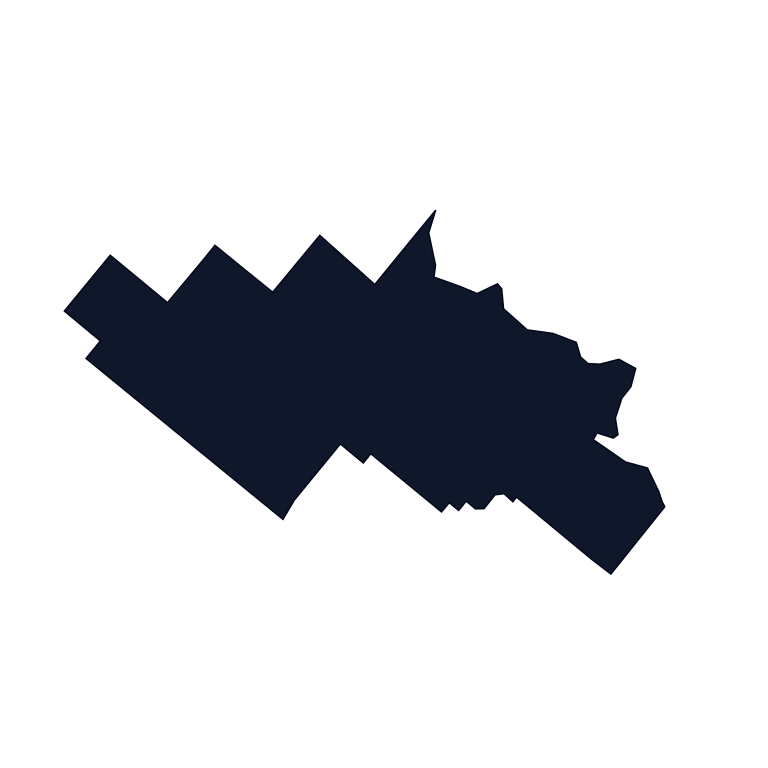 outline of Logan, Arkansas, United States of America, rotated 38°
{"feature_id": "52423323B80163147366525", "entity_name": "Logan", "entity_type": "district", "adm_level": 2, "iso_a3": "USA", "parent_name": "United States of America", "parent_adm1": "Arkansas", "projection": "robinson", "projection_center": [-93.629, 35.225], "detail": "fine", "context": "isolated", "style": "filled", "palette": "ink", "viewbox_px": 768, "rotation_deg": 38, "n_neighbors": 0, "source": "geoboundaries", "source_scale": "gbopen_adm2", "svg_char_len": 899}
<svg xmlns="http://www.w3.org/2000/svg" viewBox="0 0 768 768"><g transform="rotate(38 384 384)"><path d="M680.8,307.8L675.7,305.6L666.6,299.5L643.3,288.0L622.2,296.8L583.1,299.0L582.0,291.3L597.9,285.5L599.6,279.9L587.3,268.4L580.2,248.7L580.2,234.1L572.8,216.8L553.9,219.9L541.9,235.5L532.2,242.3L522.3,241.7L509.9,232.8L486.1,240.1L463.5,253.2L431.9,251.1L418.2,236.6L411.8,235.2L401.7,255.4L384.2,260.2L357.6,269.0L351.4,258.6L326.2,237.4L317.7,215.1L316.8,251.8L315.5,311.3L241.9,306.4L239.8,380.2L203.0,379.6L165.4,378.8L165.2,393.1L165.2,394.5L163.3,453.2L89.0,451.1L88.1,487.1L87.2,523.3L134.0,524.7L133.5,547.3L387.7,552.9L384.8,530.7L386.5,458.1L416.3,459.0L416.5,447.1L508.1,449.4L508.5,437.4L520.7,437.7L520.9,425.7L532.9,426.1L539.6,420.6L539.7,403.0L546.1,396.5L558.1,397.5L558.1,391.5L655.3,394.3L679.8,394.1L680.8,307.8Z" fill="#0f172a" stroke="#020617" stroke-width="1.5"/></g></svg>